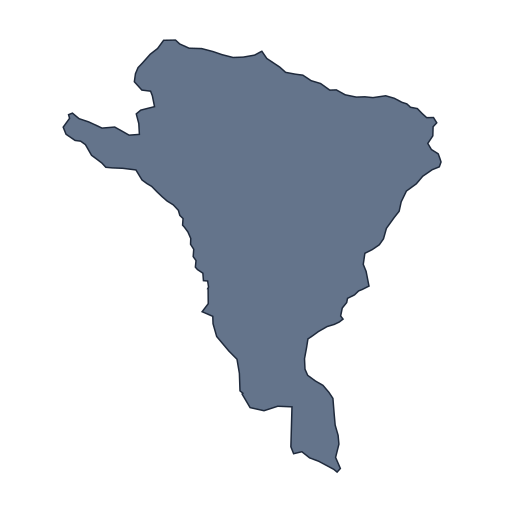 the district of Anogyra, Limassol, Cyprus, rotated 268°
{"feature_id": "46923920B16443175718696", "entity_name": "Anogyra", "entity_type": "district", "adm_level": 2, "iso_a3": "CYP", "parent_name": "Cyprus", "parent_adm1": "Limassol", "projection": "robinson", "projection_center": [32.732, 34.742], "detail": "fine", "context": "isolated", "style": "filled", "palette": "slate", "viewbox_px": 512, "rotation_deg": 268, "n_neighbors": 0, "source": "geoboundaries", "source_scale": "gbopen_adm2", "svg_char_len": 2221}
<svg xmlns="http://www.w3.org/2000/svg" viewBox="0 0 512 512"><g transform="rotate(268 256 256)"><path d="M37.2,329.5L40.7,332.9L51.9,328.5L65.1,332.3L73.9,331.8L84.3,329.2L95.6,328.6L111.0,327.9L117.2,324.1L124.4,318.4L129.0,311.0L134.9,303.5L141.2,301.0L151.7,300.9L162.5,303.3L171.3,305.0L174.5,310.1L178.3,315.7L183.0,324.6L184.9,331.8L187.1,336.9L189.9,340.8L193.1,338.5L201.0,340.4L206.3,345.0L210.5,346.0L213.7,353.1L217.5,357.3L218.8,360.9L222.0,367.9L223.6,367.6L236.8,365.5L243.9,362.9L254.9,364.9L258.3,372.3L262.9,379.6L268.7,384.0L279.1,387.3L289.7,395.5L295.7,400.6L305.1,403.0L315.7,408.6L322.5,418.7L329.9,425.4L336.1,435.1L338.7,442.3L343.5,444.2L347.0,443.2L351.7,441.7L356.3,435.0L362.5,431.6L369.9,436.9L379.0,437.5L382.8,441.3L388.2,438.2L388.3,431.4L392.6,427.0L397.7,422.4L399.3,415.4L400.0,414.9L402.8,412.0L404.5,407.2L408.8,399.7L411.6,391.2L410.2,378.4L411.3,370.3L411.3,361.8L414.0,350.7L419.2,342.1L419.2,335.5L426.1,326.6L429.3,317.2L435.1,309.1L436.4,301.4L438.5,292.0L443.9,286.4L453.0,273.7L460.4,269.0L459.6,267.2L456.8,261.6L455.2,250.1L455.2,240.0L458.4,229.1L461.8,220.2L465.2,208.9L466.0,196.4L470.6,187.1L474.6,183.1L474.8,171.2L466.8,164.9L461.4,157.4L452.8,149.2L448.4,144.7L442.4,141.9L434.4,140.5L425.8,147.7L424.4,156.4L419.8,158.0L408.8,159.8L407.4,153.2L405.8,145.9L402.2,141.3L392.4,143.5L381.6,143.7L381.2,133.4L389.8,119.3L389.2,106.6L395.8,93.6L399.4,84.0L405.2,77.5L403.8,73.6L400.1,74.5L391.5,67.8L384.3,70.4L377.8,79.2L376.9,84.7L373.3,89.4L362.3,95.2L359.1,99.3L354.3,105.2L349.9,109.0L349.1,115.3L348.3,125.9L346.2,139.0L336.0,144.7L332.2,149.5L329.2,154.2L323.5,159.4L318.4,164.4L314.1,169.0L310.0,175.1L304.4,180.0L299.2,181.3L296.0,184.4L289.4,183.7L287.4,185.4L282.4,188.8L275.8,191.4L270.0,191.0L264.9,194.0L257.6,193.2L253.5,195.9L247.0,195.0L244.5,197.0L240.7,202.3L233.2,202.6L232.7,206.8L226.6,207.5L225.2,206.7L225.2,207.0L210.0,206.6L202.2,200.2L197.2,210.7L189.8,210.7L176.9,213.9L161.8,225.7L153.5,233.4L139.3,235.3L134.2,235.3L121.8,235.3L119.3,238.1L118.5,237.3L104.7,244.8L101.1,258.6L105.1,272.5L104.0,286.7L64.1,284.2L57.1,286.7L58.8,295.0L52.4,302.5L48.7,311.4L40.0,326.4L37.2,329.5Z" fill="#64748b" stroke="#1e293b" stroke-width="1.5"/></g></svg>